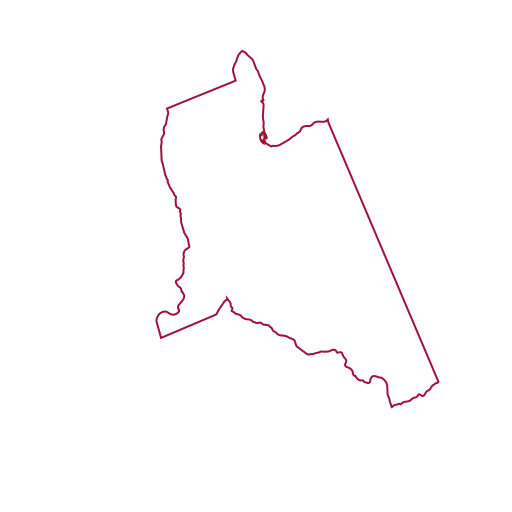 the border of Río Negro, rotated 247°
{"feature_id": "ARG-1297", "entity_name": "Río Negro", "entity_type": "Province", "adm_level": 1, "iso_a3": "ARG", "parent_name": "Argentina", "parent_adm1": "", "projection": "natural_earth1", "projection_center": [-67.714, -39.784], "detail": "fine", "context": "isolated", "style": "outline", "palette": "rose", "viewbox_px": 512, "rotation_deg": 247, "n_neighbors": 0, "source": "natural_earth", "source_scale": "10m", "svg_char_len": 5675}
<svg xmlns="http://www.w3.org/2000/svg" viewBox="0 0 512 512"><g transform="rotate(247 256 256)"><path d="M68.9,374.8L68.4,374.1L68.4,373.3L68.6,372.5L68.6,371.6L67.7,367.7L66.8,366.1L65.8,364.8L65.0,363.4L64.9,361.4L64.4,359.6L62.0,356.3L61.9,354.7L62.5,354.0L64.0,353.2L64.6,352.6L65.0,351.7L64.8,351.1L64.3,350.5L63.8,349.7L63.5,348.8L63.4,348.1L63.7,346.5L63.8,345.5L63.7,344.7L63.5,344.0L63.2,343.0L62.7,341.0L62.7,339.3L63.7,335.8L63.9,334.7L63.7,333.9L63.2,332.1L63.1,331.0L63.5,330.6L63.9,330.3L64.1,329.4L64.2,327.5L64.6,325.6L64.6,324.4L63.9,322.4L63.9,321.9L64.3,322.0L69.7,322.3L72.6,323.0L75.8,322.9L77.3,323.1L85.6,326.2L88.3,326.5L89.4,326.4L91.7,325.7L93.0,325.1L93.6,324.7L94.6,324.1L95.0,323.8L95.2,323.5L95.8,322.3L98.4,319.3L99.0,318.5L99.5,317.6L99.7,316.4L99.4,315.3L98.8,314.3L98.1,313.5L97.4,312.9L96.5,312.5L95.7,311.9L95.2,311.1L95.1,310.6L95.1,310.1L95.2,309.6L95.4,309.1L95.7,308.8L96.4,308.2L96.7,307.9L96.8,307.6L97.1,307.0L97.3,306.7L98.0,306.3L99.5,306.0L100.0,305.4L100.1,305.1L100.3,304.3L100.4,303.9L100.7,303.4L101.0,302.9L101.4,302.5L101.9,302.1L104.0,301.1L105.2,300.8L106.3,300.7L106.2,300.5L106.8,300.3L107.9,299.4L108.6,299.2L109.3,299.2L110.6,299.4L111.3,299.7L112.7,299.8L114.2,299.4L115.8,298.7L116.9,297.7L118.7,295.9L119.4,295.4L120.4,295.3L121.3,295.6L122.1,296.3L122.8,297.2L124.3,298.2L126.0,298.2L129.4,297.2L133.1,297.3L134.1,296.7L134.6,295.7L135.1,293.4L135.5,292.8L135.9,292.7L136.8,292.8L137.2,292.7L137.7,292.5L138.2,292.3L138.7,291.9L139.1,291.5L139.6,290.4L139.7,289.0L139.7,286.2L139.9,285.0L141.4,280.9L142.4,279.3L142.7,278.4L142.7,277.8L142.6,276.1L142.7,275.5L143.1,274.4L143.2,273.8L143.4,270.7L143.7,269.6L144.3,268.2L144.4,267.7L144.4,266.8L144.5,266.4L144.7,265.9L145.4,265.0L146.3,264.3L156.6,258.3L157.3,258.1L158.7,258.1L162.6,258.5L163.7,258.3L164.8,257.6L167.7,254.6L169.4,253.4L170.2,252.7L172.5,249.5L172.6,248.8L172.7,248.6L173.6,247.2L174.4,246.3L175.2,245.6L176.7,244.8L177.6,244.5L177.8,244.4L179.9,242.9L180.5,242.6L181.0,242.4L182.3,242.4L183.5,242.3L183.7,242.2L184.9,241.5L186.9,240.7L187.3,240.4L187.7,240.0L188.1,239.3L189.8,236.4L190.0,236.0L190.5,235.6L192.7,234.3L193.0,233.9L193.2,233.4L193.9,230.7L194.3,229.9L195.6,229.0L195.9,228.5L196.5,227.6L198.3,226.8L199.1,226.3L199.7,225.6L200.2,224.9L201.5,222.6L202.6,221.1L203.9,220.0L205.3,219.2L206.7,218.9L208.1,218.1L210.9,214.7L212.2,214.0L213.0,213.7L214.8,212.1L215.3,212.2L216.2,213.3L217.5,214.0L218.0,213.8L218.6,213.4L219.3,213.3L220.1,213.3L222.1,214.0L223.5,214.0L228.1,212.9L227.2,212.6L227.0,212.0L227.0,211.2L226.9,210.3L226.4,209.0L220.8,200.4L218.8,197.9L217.9,197.1L217.7,195.9L217.7,145.6L217.7,137.1L217.7,136.6L235.0,138.9L236.8,139.9L238.1,141.1L239.4,142.6L240.4,144.4L240.9,146.2L241.0,148.6L240.4,150.6L239.4,152.1L236.4,154.2L235.1,155.5L234.1,157.3L233.9,159.8L234.0,160.8L234.4,162.1L234.8,163.1L235.2,163.5L235.4,163.6L236.2,164.1L236.7,164.2L237.8,163.9L238.3,163.8L240.0,164.5L241.2,165.9L243.6,170.7L244.7,172.4L246.1,173.7L247.7,174.5L251.0,174.3L252.1,173.7L255.4,174.2L256.5,173.9L258.5,172.6L262.1,171.9L263.1,172.0L264.0,172.4L264.5,173.1L264.6,174.0L264.6,175.1L264.8,175.8L265.8,178.6L267.3,180.9L267.9,181.4L268.6,182.4L268.9,182.7L269.3,182.7L273.6,185.0L275.6,185.4L276.9,186.4L277.8,186.7L279.9,187.1L281.4,188.0L281.8,188.2L282.1,188.4L282.9,189.1L283.3,189.3L285.2,189.7L286.7,190.4L288.1,191.6L289.1,193.1L289.6,194.8L289.9,197.3L290.4,198.2L291.5,198.5L292.6,198.6L297.7,199.9L299.6,199.9L305.3,199.0L316.3,200.3L316.7,200.4L317.6,200.9L318.8,201.2L320.2,201.8L322.0,202.0L322.6,202.2L323.0,202.4L323.8,203.1L324.2,203.3L326.0,203.3L326.7,203.4L327.2,203.8L327.6,204.2L327.9,204.4L328.7,204.4L329.7,204.0L330.6,203.4L331.3,202.7L332.2,202.2L333.4,202.1L335.6,202.6L339.4,204.1L340.9,205.2L341.8,205.5L342.2,205.4L344.1,204.7L346.3,204.8L352.7,203.6L358.5,203.6L358.9,203.6L360.0,204.4L363.1,204.0L364.4,204.4L365.3,204.0L377.2,206.2L380.3,206.3L394.2,211.5L397.3,213.5L398.0,213.8L400.0,214.2L400.7,214.7L404.3,219.1L405.2,219.5L408.1,220.2L409.7,221.1L410.3,221.6L410.9,222.2L412.0,224.0L412.7,224.9L414.2,225.6L419.8,229.4L421.0,230.6L422.6,231.3L426.5,231.7L426.1,260.9L425.6,290.0L425.4,303.8L425.4,305.8L434.1,306.9L436.9,307.8L437.5,308.2L440.8,311.2L442.6,313.5L443.0,314.0L445.1,315.6L447.6,318.1L448.2,318.9L449.8,322.2L450.1,323.6L449.7,323.7L449.2,324.3L448.0,325.2L447.4,325.9L444.3,326.7L439.2,329.2L437.3,329.7L428.0,329.3L426.2,329.8L425.2,330.0L421.1,329.6L415.0,330.0L408.3,329.9L406.4,329.4L404.6,328.5L400.4,324.6L398.5,323.8L396.8,323.8L396.3,323.6L396.2,323.1L396.4,322.5L396.8,321.7L396.4,321.3L395.4,321.6L394.3,322.1L393.3,322.3L391.6,321.8L381.3,316.6L375.6,315.1L371.7,313.2L367.8,312.3L365.8,312.1L362.8,312.4L361.4,312.3L360.3,311.9L360.3,311.1L361.1,310.6L362.2,310.2L363.0,310.4L362.8,311.3L363.1,311.3L363.4,311.2L363.6,311.0L366.2,311.0L367.0,310.9L367.4,310.5L367.1,309.4L365.8,309.0L365.1,308.5L366.3,307.3L365.3,306.6L361.3,305.6L358.9,305.9L357.4,306.6L357.0,306.9L357.7,307.0L359.1,306.6L359.9,306.9L359.3,307.7L359.5,308.2L360.0,308.6L360.5,309.1L356.1,308.9L355.4,309.3L354.8,309.9L351.3,312.5L350.9,312.9L350.8,313.4L350.8,314.6L350.6,315.1L350.0,316.1L349.5,317.3L349.2,318.5L349.0,319.7L349.0,321.9L350.1,331.0L351.8,337.3L351.8,339.0L352.9,342.0L353.1,343.7L353.6,345.3L355.9,347.8L356.5,349.4L356.5,350.9L356.1,352.7L355.5,354.4L354.9,355.4L354.5,356.9L354.9,358.8L356.1,361.9L356.0,363.8L355.3,366.1L353.4,369.9L352.8,372.2L353.0,374.0L353.6,375.4L353.3,375.3L350.5,374.8L324.8,374.8L312.1,374.8L276.0,374.8L225.3,374.8L210.4,374.8L174.1,374.8L169.4,374.8L91.6,374.8L69.3,374.8L68.9,374.8Z" fill="none" stroke="#9f1239" stroke-width="2"/></g></svg>